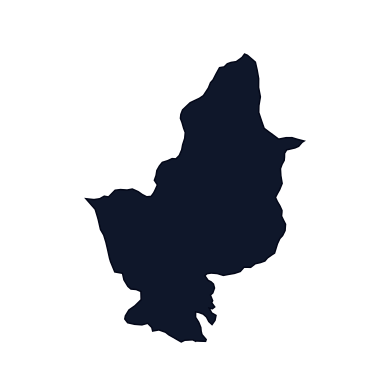 Klavdia, Larnaca, Cyprus (Natural Earth projection), rotated 106°
{"feature_id": "46923920B5144996201228", "entity_name": "Klavdia", "entity_type": "district", "adm_level": 2, "iso_a3": "CYP", "parent_name": "Cyprus", "parent_adm1": "Larnaca", "projection": "natural_earth1", "projection_center": [33.518, 34.889], "detail": "fine", "context": "isolated", "style": "filled", "palette": "ink", "viewbox_px": 384, "rotation_deg": 106, "n_neighbors": 0, "source": "geoboundaries", "source_scale": "gbopen_adm2", "svg_char_len": 2262}
<svg xmlns="http://www.w3.org/2000/svg" viewBox="0 0 384 384"><g transform="rotate(106 192 192)"><path d="M112.1,98.3L112.3,105.5L112.2,110.9L113.9,116.6L117.3,123.3L114.9,129.6L112.9,135.1L110.9,140.2L105.0,144.4L97.1,149.8L90.6,151.5L81.7,152.5L73.2,156.8L64.6,159.2L56.8,163.0L49.7,166.9L45.3,176.4L44.9,179.5L48.9,181.0L54.5,185.4L56.7,190.2L59.0,193.4L62.9,195.6L64.9,199.8L71.9,201.4L78.5,202.7L81.7,204.3L87.5,204.9L96.2,207.6L99.9,210.7L103.5,214.8L106.7,218.4L111.1,221.0L115.7,223.7L120.4,224.1L124.4,223.4L128.0,220.7L133.0,217.6L136.6,214.9L142.4,213.8L149.2,214.0L154.3,213.5L160.4,214.3L164.6,216.6L165.4,220.3L168.6,224.0L171.7,228.7L176.0,230.5L181.0,231.7L185.9,231.1L191.1,231.4L194.7,227.2L200.9,228.1L203.4,228.6L207.5,230.1L209.1,234.3L208.1,239.3L206.5,243.8L205.6,250.2L208.0,254.9L209.4,261.5L211.5,266.4L219.8,270.9L220.2,275.2L223.9,278.8L226.3,284.1L227.2,289.1L227.7,292.1L235.3,280.3L241.8,276.1L244.4,274.5L253.3,269.6L257.7,265.0L264.0,260.9L270.1,257.5L278.4,253.0L281.4,251.1L290.1,244.2L289.3,236.4L295.2,233.2L300.4,227.6L302.1,224.0L301.1,218.7L301.7,213.7L309.5,211.2L317.1,215.5L322.8,220.1L329.4,221.9L332.6,221.6L335.4,217.8L335.0,210.7L333.5,203.5L330.4,198.4L333.3,193.3L336.5,191.5L336.3,191.1L333.7,185.8L334.1,178.8L335.7,174.9L336.6,171.1L339.1,161.0L336.5,158.1L333.9,150.6L334.5,147.3L334.1,147.2L333.1,143.0L331.8,137.8L329.9,137.7L326.3,143.1L323.4,144.8L319.8,146.2L315.3,149.7L311.5,154.0L306.2,155.5L305.9,152.2L306.3,147.5L308.2,143.6L311.9,140.1L313.9,136.2L309.0,134.5L304.0,134.9L302.8,139.7L298.9,143.5L298.6,140.2L296.2,138.5L293.0,142.6L290.8,142.2L286.0,145.9L283.3,144.2L278.1,143.9L274.6,146.0L273.1,148.9L272.5,152.2L268.9,156.6L266.4,155.1L264.6,151.2L264.1,148.7L263.4,145.2L263.5,138.9L261.3,134.5L258.5,128.7L255.1,123.7L250.0,121.3L248.2,114.8L243.5,111.4L241.0,106.8L238.2,102.9L234.6,101.3L230.6,98.1L228.0,95.8L218.1,95.6L212.5,94.7L208.9,92.9L203.4,91.9L197.2,93.2L194.4,95.8L190.5,99.3L186.6,100.0L185.0,100.4L181.2,103.6L177.6,107.4L174.2,110.3L169.7,109.4L165.6,108.4L158.9,107.7L151.8,111.1L145.2,113.4L140.6,113.1L136.2,112.1L133.0,112.7L129.3,113.7L125.3,112.6L124.6,111.2L121.2,105.1L118.7,102.1L113.9,99.9L112.1,98.3Z" fill="#0f172a" stroke="#020617" stroke-width="1.5"/></g></svg>